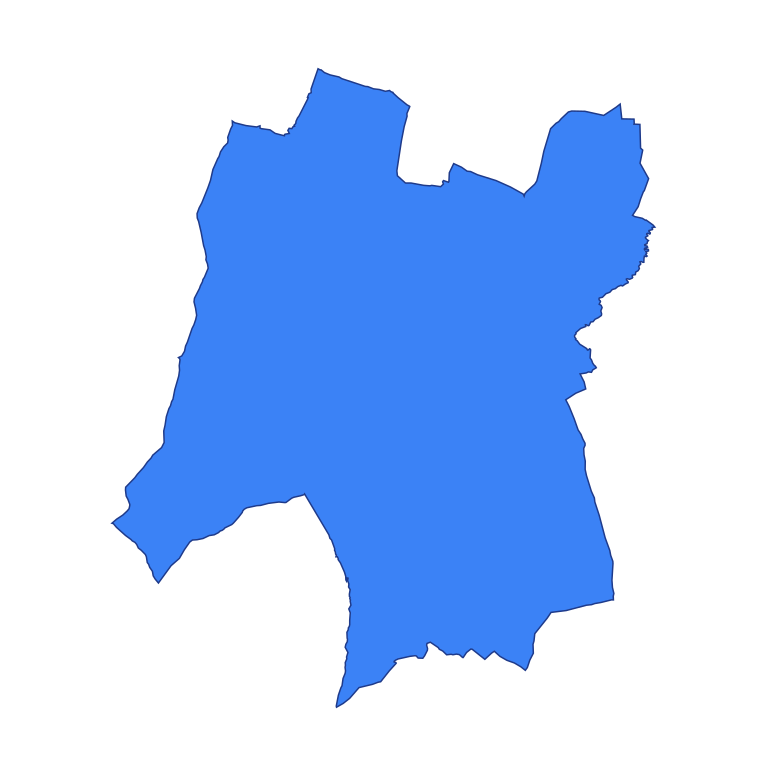 Bara, Timis, Romania, rotated 176°
{"feature_id": "2599482B38713319059760", "entity_name": "Bara", "entity_type": "district", "adm_level": 2, "iso_a3": "ROU", "parent_name": "Romania", "parent_adm1": "Timis", "projection": "natural_earth1", "projection_center": [21.891, 45.906], "detail": "fine", "context": "isolated", "style": "filled", "palette": "blue", "viewbox_px": 768, "rotation_deg": 176, "n_neighbors": 0, "source": "geoboundaries", "source_scale": "gbopen_adm2", "svg_char_len": 6151}
<svg xmlns="http://www.w3.org/2000/svg" viewBox="0 0 768 768"><g transform="rotate(176 384 384)"><path d="M427.8,703.1L436.2,683.3L436.3,679.7L438.7,678.7L440.4,675.2L439.7,674.9L440.4,673.4L450.0,657.4L451.7,655.4L453.4,652.3L453.9,650.0L455.7,648.4L455.2,647.4L456.8,647.0L458.1,645.2L460.8,645.7L462.2,643.7L461.0,640.5L465.3,640.1L465.8,639.7L466.0,638.6L468.0,639.2L475.1,641.6L480.0,645.5L488.6,647.3L489.8,647.9L489.7,650.2L493.1,649.3L503.6,651.4L514.6,655.0L517.0,656.9L517.1,652.5L519.2,649.0L522.7,640.9L522.5,638.2L523.2,635.3L527.2,631.9L530.9,627.0L532.7,622.4L534.1,620.5L539.7,609.9L542.9,599.2L546.1,591.8L553.1,577.4L556.1,572.6L558.6,567.0L558.7,562.6L557.6,559.1L555.8,547.8L554.3,534.7L553.2,530.2L552.4,523.4L553.0,520.3L551.7,516.1L551.3,511.8L555.7,503.0L557.3,500.9L558.0,498.6L560.3,494.8L561.4,492.2L567.1,482.8L567.8,479.2L566.7,472.8L566.1,465.6L567.4,461.3L569.5,456.3L571.6,452.8L577.2,439.5L579.3,435.7L580.7,430.6L583.8,426.1L587.2,424.7L586.2,423.7L585.8,422.3L587.0,416.6L587.0,412.0L588.2,406.3L593.1,392.9L595.6,383.5L597.1,381.2L598.5,377.2L600.3,374.4L603.4,366.6L605.3,358.1L607.0,352.5L607.4,341.0L610.3,336.1L619.6,329.2L621.6,326.3L625.4,322.8L629.8,317.4L636.3,311.2L639.2,307.8L648.9,299.1L649.3,296.3L649.0,290.2L647.5,286.8L646.0,281.7L646.1,280.5L647.0,277.4L649.1,275.2L653.8,271.4L660.2,267.8L665.1,264.1L663.7,263.6L660.9,259.7L652.5,251.0L647.3,246.6L646.1,245.1L643.5,243.4L641.9,241.2L640.5,237.5L637.8,235.1L633.9,230.5L633.1,228.2L632.6,222.4L631.4,220.6L630.5,217.4L628.1,213.3L627.6,208.7L625.9,205.4L622.9,201.2L609.1,217.6L600.3,224.3L594.7,232.6L588.8,239.9L586.0,241.7L581.3,241.7L575.3,242.5L568.9,245.0L563.9,245.4L559.5,247.3L557.5,248.9L555.9,249.2L554.0,250.3L552.7,251.6L545.7,254.4L544.0,255.7L538.5,261.1L534.4,265.7L533.8,267.2L532.2,268.8L529.5,270.1L519.4,271.5L515.6,271.5L507.7,273.0L497.0,273.6L491.1,272.6L490.0,272.7L484.1,276.5L481.9,277.3L475.2,278.3L471.4,279.2L470.9,279.9L449.5,237.4L448.7,233.8L447.2,232.1L444.7,223.2L444.9,221.4L444.3,220.1L444.1,217.6L443.4,216.7L444.0,215.0L442.6,214.9L441.8,212.9L442.0,212.0L440.0,208.7L436.6,199.2L435.6,194.8L435.7,191.2L435.2,190.1L434.4,193.1L433.4,192.8L434.0,190.4L433.0,187.0L433.5,184.0L432.1,181.2L433.2,176.9L433.3,174.5L432.7,173.4L433.1,172.2L432.5,170.8L432.9,169.9L432.4,165.7L434.8,162.1L433.6,158.1L434.7,150.6L435.0,146.3L435.5,144.6L436.5,143.4L436.9,141.2L438.3,138.9L438.5,132.9L438.2,132.2L438.6,129.5L440.2,127.0L441.1,124.1L438.7,118.7L440.4,114.3L440.3,112.4L442.1,108.8L442.1,106.1L442.6,104.1L442.4,100.5L442.9,98.2L445.4,93.1L446.9,86.0L448.2,83.9L451.2,76.8L454.1,66.0L453.9,64.9L447.0,68.2L440.1,72.9L430.1,82.9L416.4,85.2L410.7,86.9L408.1,87.2L398.7,97.5L391.7,104.2L391.3,104.7L391.6,105.3L393.3,106.0L393.1,106.8L391.7,107.7L389.2,108.7L377.2,110.5L371.9,110.8L370.5,110.3L369.5,108.6L368.8,108.2L364.4,107.7L362.4,110.1L359.3,115.3L359.0,117.1L359.7,120.5L359.2,122.2L355.8,123.2L348.3,117.3L347.3,115.5L344.1,113.6L340.4,109.5L335.9,109.7L334.1,109.1L330.6,109.5L327.7,108.8L324.7,105.7L324.1,105.6L320.4,110.4L315.9,113.5L314.6,113.3L302.6,102.3L295.5,108.0L292.6,109.7L287.3,104.2L280.7,99.8L273.4,96.6L267.4,92.5L263.0,88.5L260.8,91.1L257.8,98.4L253.8,105.0L253.5,113.9L252.3,117.2L251.0,124.4L237.4,139.2L233.3,144.5L218.1,145.3L197.6,149.2L192.3,149.4L189.0,150.3L182.9,150.9L172.0,152.8L170.2,152.6L170.1,156.3L169.3,159.0L170.3,165.1L170.3,172.4L168.1,189.0L168.1,191.2L169.8,197.2L170.4,202.2L174.1,215.1L178.5,238.1L181.9,251.6L182.1,255.7L184.7,262.7L188.4,278.5L189.3,284.8L188.6,293.0L189.4,299.4L189.3,305.0L189.2,306.0L187.7,308.8L187.6,310.9L189.6,315.5L191.0,320.0L193.6,324.7L196.7,336.0L200.9,348.8L203.8,355.6L193.4,361.4L183.1,365.0L184.2,372.1L187.7,380.4L181.6,380.9L179.3,381.8L176.2,381.2L174.8,383.5L171.1,385.4L171.9,387.1L172.7,387.6L174.3,390.1L175.3,393.5L176.6,395.6L175.5,403.7L175.8,404.4L176.5,404.8L177.6,403.8L178.7,403.7L179.3,405.2L186.0,410.1L188.2,413.6L189.8,415.0L189.4,415.9L190.4,417.2L190.6,418.5L190.4,419.3L188.9,420.7L189.0,421.9L184.0,425.7L178.7,427.3L178.9,429.1L178.0,429.0L176.3,427.9L175.4,428.1L173.4,431.4L171.1,431.6L168.9,433.9L165.6,435.2L162.4,437.2L162.0,438.7L162.6,441.8L161.1,445.0L161.9,447.3L163.8,448.6L162.3,451.0L162.5,451.9L163.5,452.9L163.6,453.9L163.2,454.8L160.0,455.3L156.3,458.6L152.3,459.8L149.7,462.3L146.5,463.0L143.9,464.9L140.7,465.9L139.4,465.2L138.9,465.3L136.1,467.0L133.4,468.0L133.3,468.8L134.9,471.0L134.9,471.8L134.1,472.1L131.7,471.3L129.0,472.3L128.5,473.0L128.9,474.4L128.7,475.2L125.6,475.6L125.1,478.1L122.6,479.3L121.2,481.3L121.7,483.7L119.5,485.8L120.2,488.0L119.0,488.3L117.2,487.3L116.3,487.3L115.9,491.2L115.3,493.4L113.4,492.8L112.6,493.3L113.9,495.1L112.7,496.2L113.5,497.8L110.9,498.3L110.8,499.4L111.2,500.0L112.5,500.3L114.6,499.6L114.9,500.4L114.5,501.2L111.5,502.1L112.0,503.3L114.1,503.8L114.2,504.7L111.8,505.7L111.3,507.6L110.2,508.6L111.9,510.0L113.0,511.5L112.9,512.2L110.5,513.4L111.5,515.1L111.3,515.7L110.1,516.0L108.8,515.1L108.0,515.3L107.8,516.2L109.2,518.1L109.0,518.6L105.5,519.3L105.2,519.8L105.8,521.1L105.6,521.5L102.9,521.6L104.4,523.7L111.1,529.3L111.7,529.1L114.8,531.3L122.2,533.5L124.3,534.9L118.1,543.1L115.0,551.0L111.8,557.8L110.9,558.6L105.7,570.4L113.2,586.4L109.6,599.3L111.6,601.4L110.6,625.1L116.5,625.8L116.2,626.6L116.1,630.8L128.3,631.9L128.9,646.8L133.0,644.0L146.1,636.6L164.5,642.0L177.7,643.2L181.1,642.5L188.8,636.2L191.4,633.5L194.2,632.1L200.0,627.1L208.3,605.1L211.7,593.1L217.4,575.9L219.7,572.8L228.5,565.8L230.2,564.0L231.1,561.6L231.8,563.7L244.1,571.7L258.0,579.1L276.1,586.2L282.8,589.9L286.2,590.5L291.6,594.9L299.1,599.0L304.1,590.2L305.1,581.6L305.6,580.8L310.5,582.8L311.4,581.6L310.8,579.3L313.7,576.9L322.5,578.8L324.4,578.5L330.5,579.4L343.0,582.6L348.6,583.0L356.1,590.8L356.3,595.8L349.7,625.2L345.9,639.4L342.3,649.5L342.3,652.2L338.9,659.0L339.1,659.3L341.6,660.9L350.1,668.8L354.8,673.8L354.7,674.2L357.0,675.3L357.9,676.4L362.2,675.9L368.1,678.1L373.9,679.2L379.4,681.8L382.0,682.2L404.7,691.5L407.4,693.4L416.2,696.1L421.7,698.8L424.9,701.8L425.8,701.8L427.8,703.1Z" fill="#3b82f6" stroke="#1e3a8a" stroke-width="1.5"/></g></svg>